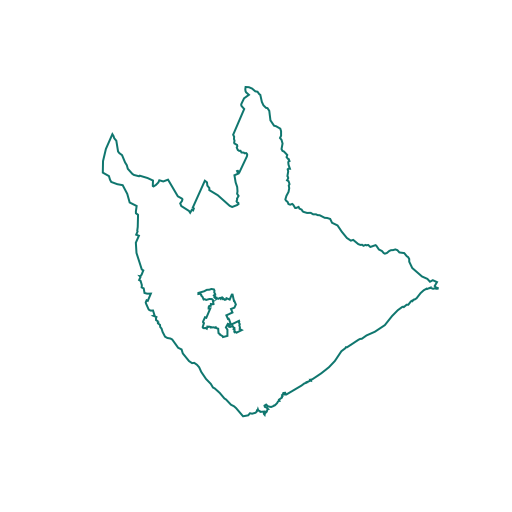 Serdang Bedagai, Sumatera Utara, Indonesia, rotated 113°
{"feature_id": "22746128B52277249956552", "entity_name": "Serdang Bedagai", "entity_type": "district", "adm_level": 2, "iso_a3": "IDN", "parent_name": "Indonesia", "parent_adm1": "Sumatera Utara", "projection": "orthographic", "projection_center": [99.078, 3.349], "detail": "fine", "context": "isolated", "style": "outline", "palette": "teal", "viewbox_px": 512, "rotation_deg": 113, "n_neighbors": 0, "source": "geoboundaries", "source_scale": "gbopen_adm2", "svg_char_len": 6140}
<svg xmlns="http://www.w3.org/2000/svg" viewBox="0 0 512 512"><g transform="rotate(113 256 256)"><path d="M362.4,312.3L365.8,308.2L366.1,305.6L365.4,302.5L365.6,300.5L370.9,291.8L371.1,288.0L374.3,285.3L378.9,276.6L379.6,273.0L378.5,271.1L379.2,267.8L380.6,264.9L384.1,261.1L388.7,254.0L391.4,247.6L393.9,244.2L394.0,242.3L396.2,235.9L399.5,229.4L399.8,227.5L402.7,220.9L402.9,217.6L403.8,214.9L408.6,205.3L405.7,200.9L403.1,200.1L402.7,198.0L400.5,195.2L398.8,194.5L397.8,194.8L397.6,194.2L396.5,194.3L397.4,193.5L397.2,192.1L397.8,191.1L395.3,186.4L396.8,187.4L397.6,187.4L398.3,187.0L398.8,186.0L397.5,186.3L395.1,185.3L392.5,185.5L392.2,185.1L391.4,187.2L391.4,188.9L390.4,189.7L388.8,188.6L389.7,186.2L389.1,183.1L387.0,181.0L386.4,180.9L386.0,180.2L383.2,179.1L381.3,178.9L380.7,178.3L380.1,178.4L380.0,178.0L379.3,178.7L376.2,176.8L375.6,177.2L374.7,176.8L373.9,177.7L372.9,177.2L371.4,177.3L370.5,175.7L371.4,175.0L371.8,175.6L372.3,175.6L371.7,174.0L357.5,163.5L354.4,161.7L353.2,160.3L352.4,160.3L352.1,159.3L351.6,159.3L349.6,157.3L349.2,157.6L349.2,156.6L348.3,157.1L347.5,156.0L338.5,150.1L329.9,145.4L321.9,142.4L310.3,140.2L305.9,137.7L304.8,137.6L304.4,136.5L293.0,128.9L291.6,127.7L290.9,126.3L285.9,123.2L279.3,117.0L269.3,110.4L258.1,107.3L250.5,104.3L245.8,101.5L245.2,100.8L245.3,100.0L242.0,98.3L241.4,96.8L237.3,95.7L236.0,94.8L236.3,94.4L234.2,93.5L234.0,92.9L232.2,91.7L225.8,90.0L222.0,88.2L219.4,86.2L219.6,85.7L217.3,83.4L217.6,83.4L217.1,82.7L217.0,80.2L215.7,78.4L215.8,77.4L215.1,76.0L214.5,76.1L214.6,78.3L213.8,79.8L209.3,79.2L209.2,83.8L211.7,85.8L210.1,89.3L210.0,95.2L206.0,107.5L201.4,112.7L198.9,113.8L197.6,115.5L197.3,117.1L195.4,120.7L196.7,125.4L195.4,128.1L195.5,130.3L197.0,132.1L197.9,134.0L199.3,135.3L202.1,136.7L203.5,138.3L203.4,139.6L202.2,142.0L202.0,145.4L199.5,149.3L199.3,150.2L203.0,154.3L202.0,157.0L203.0,158.5L203.0,159.5L204.6,161.1L204.2,162.7L205.0,164.2L205.1,166.5L203.2,172.8L204.8,174.7L203.9,179.4L200.1,186.6L196.0,192.9L195.7,199.0L192.9,202.2L193.2,205.4L194.0,207.7L193.6,213.3L194.3,215.3L194.2,217.0L195.3,219.7L194.9,222.5L196.4,225.8L196.8,229.2L196.7,230.4L195.5,232.1L195.4,234.5L194.2,236.0L196.2,237.9L196.5,238.7L194.3,241.8L193.9,243.0L195.4,244.6L195.5,246.4L193.9,248.0L193.2,250.2L192.4,251.1L188.7,251.5L184.3,251.1L180.6,251.9L178.3,253.4L176.9,253.2L176.3,253.6L174.4,255.3L174.2,257.0L172.1,256.7L171.0,257.2L170.2,258.3L165.6,259.4L163.8,260.7L163.0,260.3L162.4,258.9L159.3,261.7L157.4,262.8L156.2,263.0L155.5,262.3L154.0,263.8L154.1,264.5L153.0,266.5L150.8,266.7L148.9,271.1L148.9,272.7L147.6,274.3L142.1,275.5L139.1,277.9L138.0,280.0L135.5,279.9L131.3,281.7L129.3,283.4L128.7,288.2L129.0,290.3L125.5,295.7L117.2,300.5L115.4,303.2L115.7,304.7L114.4,308.0L111.9,310.8L106.0,315.0L105.7,316.3L104.2,318.8L104.7,321.0L103.4,325.0L103.4,328.5L104.5,331.6L106.7,331.0L108.4,330.0L109.2,329.1L110.4,325.5L115.5,328.6L121.6,328.9L122.7,328.7L123.6,327.9L125.3,324.3L153.3,324.4L154.8,322.7L156.9,322.0L158.3,320.8L160.2,320.4L160.8,319.9L161.2,316.8L162.2,316.1L163.7,316.1L165.5,314.2L165.8,312.5L165.2,311.4L166.4,309.8L165.6,307.7L165.9,306.5L165.1,305.3L165.5,304.3L166.3,303.6L168.0,303.3L185.7,304.0L185.7,304.7L185.4,304.6L184.7,306.0L185.2,306.6L187.2,304.6L190.1,307.4L196.2,303.5L199.8,300.3L203.7,298.3L206.1,297.7L207.5,295.5L210.6,295.9L211.5,295.4L213.2,295.3L214.0,294.3L214.0,293.1L215.0,292.4L216.4,293.2L220.2,297.1L220.1,299.8L215.0,314.9L213.6,324.7L211.7,325.5L210.2,328.3L207.4,329.9L206.7,332.5L236.1,333.1L236.5,331.8L238.6,331.7L238.5,333.1L241.9,333.5L240.7,335.3L239.2,344.3L237.2,346.3L234.2,345.6L232.5,345.9L232.1,346.6L231.6,351.3L220.1,366.8L223.6,370.5L224.1,374.6L226.4,374.6L229.7,375.9L232.0,377.5L231.9,378.3L231.3,378.6L226.8,380.3L226.6,386.3L227.5,394.4L228.3,394.8L229.1,400.1L228.7,402.0L225.8,408.1L222.9,410.4L221.0,413.1L215.5,418.7L214.7,422.0L213.7,423.8L204.5,429.6L203.0,432.5L201.3,434.0L200.0,435.8L216.1,436.0L228.4,433.9L239.1,429.6L239.9,422.6L242.8,420.2L244.4,418.2L244.1,411.8L242.9,406.4L249.1,398.8L256.1,393.2L256.6,385.4L261.9,384.0L263.6,383.2L264.1,380.8L265.1,380.3L275.5,376.2L279.1,375.2L279.7,374.6L283.2,374.6L283.1,371.7L290.7,371.8L299.9,367.2L313.0,355.9L313.3,354.1L318.0,354.0L319.9,354.7L320.0,355.1L320.5,354.1L323.8,354.2L324.0,352.5L327.4,349.7L329.6,349.0L329.7,346.7L333.6,344.2L333.2,341.4L331.7,338.1L339.6,338.1L339.5,339.4L341.8,339.4L342.7,338.7L346.9,334.2L347.4,333.2L347.4,331.5L346.4,329.5L350.3,326.2L351.1,327.1L351.1,323.8L352.6,323.7L354.1,322.9L354.3,321.2L355.2,320.6L355.2,320.0L356.3,319.9L356.9,317.5L358.8,316.4L359.7,314.6L362.4,312.3ZM329.8,240.2L334.2,244.0L333.9,245.0L334.6,245.8L334.2,246.4L332.4,246.8L332.1,247.9L331.3,247.5L330.6,247.8L330.6,248.8L329.6,250.2L331.3,251.9L331.6,252.7L331.0,252.8L331.1,253.5L330.5,253.5L330.5,253.0L330.0,253.3L330.2,254.0L329.4,253.9L329.4,255.4L333.5,255.8L335.0,253.5L340.7,251.1L343.5,254.7L342.9,255.3L342.4,258.8L341.9,259.0L341.6,260.4L337.7,262.4L337.9,264.5L337.3,265.2L338.1,265.8L338.1,266.9L339.4,269.5L339.0,269.6L339.4,271.8L339.9,272.1L340.0,273.2L342.2,272.9L342.0,274.6L342.8,275.6L342.8,276.7L342.3,277.3L338.1,277.7L337.7,278.8L337.0,279.1L332.3,279.0L332.3,277.6L322.1,277.6L322.8,279.1L321.5,279.6L320.3,279.5L319.6,278.2L317.8,278.8L317.3,276.8L316.8,276.3L314.7,277.8L313.8,277.4L312.9,279.8L313.8,282.1L315.9,284.7L315.8,286.3L316.5,287.2L314.5,289.3L313.8,291.0L312.9,291.4L312.6,292.7L313.5,294.2L312.5,294.6L308.7,289.9L306.4,288.1L305.2,285.7L303.8,284.2L303.2,281.7L304.1,280.7L305.8,280.2L307.1,278.6L308.6,279.3L308.9,277.8L309.4,277.7L310.0,278.3L310.4,278.1L310.6,277.2L310.0,276.2L311.0,275.8L310.1,275.4L310.2,274.1L308.8,272.9L309.2,271.8L308.1,271.8L307.3,271.0L307.5,270.2L308.5,270.0L308.7,269.5L308.1,268.3L308.5,267.5L307.8,266.7L306.4,266.7L306.4,263.2L301.0,263.2L300.7,262.5L306.0,258.7L305.8,258.4L308.5,255.6L312.0,255.7L314.5,258.3L317.2,255.6L322.2,260.1L324.9,257.2L324.4,256.7L325.0,255.9L328.7,252.5L328.0,251.3L322.3,246.3L322.7,246.0L323.2,246.5L325.1,244.3L326.2,244.3L328.2,242.8L329.6,242.5L329.8,240.2Z" fill="none" stroke="#0f766e" stroke-width="2"/></g></svg>